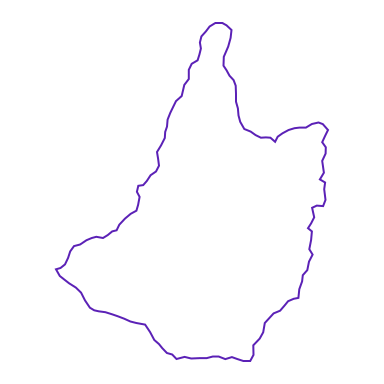 Arapuá, Minas Gerais, Brazil (Equal Earth projection)
{"feature_id": "56859067B22852370679078", "entity_name": "Arapuá", "entity_type": "district", "adm_level": 2, "iso_a3": "BRA", "parent_name": "Brazil", "parent_adm1": "Minas Gerais", "projection": "equal_earth", "projection_center": [-46.116, -19.025], "detail": "fine", "context": "isolated", "style": "outline", "palette": "violet", "viewbox_px": 384, "rotation_deg": 0, "n_neighbors": 0, "source": "geoboundaries", "source_scale": "gbopen_adm2", "svg_char_len": 1931}
<svg xmlns="http://www.w3.org/2000/svg" viewBox="0 0 384 384"><path d="M328.0,130.0L322.8,124.1L318.5,122.5L311.9,124.0L305.9,127.6L299.5,127.6L294.5,128.2L288.6,130.0L282.5,133.3L277.7,136.7L275.1,141.8L270.4,137.7L265.9,137.4L260.9,137.7L255.6,135.1L250.7,131.6L244.3,129.0L240.2,121.8L238.5,115.4L237.9,108.4L236.0,101.7L236.0,93.8L235.7,85.7L233.6,80.1L229.5,75.7L226.5,70.2L223.5,65.7L223.8,56.8L228.2,46.6L230.6,37.9L231.5,30.0L226.5,25.3L222.3,23.0L215.3,23.0L209.6,26.5L205.9,31.4L201.4,36.4L199.9,42.5L200.9,48.5L199.4,54.6L197.6,60.3L191.7,63.8L188.8,69.8L188.8,79.0L184.3,84.9L181.7,96.0L176.0,101.1L173.5,106.2L170.3,112.8L167.6,119.6L167.0,126.6L165.2,131.9L164.8,138.0L161.1,145.3L157.0,152.0L158.1,158.7L159.0,165.7L156.0,171.5L150.6,175.2L146.8,181.0L143.2,185.1L138.3,185.8L136.9,191.8L139.6,196.9L138.1,204.9L136.4,210.7L130.7,213.8L125.0,218.6L119.3,224.7L116.6,230.3L112.2,231.4L107.7,235.1L103.0,238.0L96.3,236.8L91.8,238.0L86.5,240.2L80.1,244.5L74.0,246.1L70.2,251.4L68.1,257.9L65.0,264.4L60.5,268.0L56.0,269.3L59.8,276.0L64.1,279.4L69.1,283.3L75.9,287.6L81.1,292.7L85.0,300.4L89.9,307.7L94.2,310.3L98.7,311.3L105.4,312.2L112.4,314.4L117.9,316.3L124.2,318.7L130.4,321.5L136.3,323.0L145.1,324.6L150.1,332.1L154.3,340.0L159.0,344.1L162.3,348.2L166.9,353.0L172.2,354.5L176.5,359.0L184.6,356.9L191.2,358.5L200.4,358.1L206.8,358.1L212.9,356.5L218.6,356.5L225.3,359.1L231.9,357.1L237.2,359.0L243.3,361.0L250.2,361.0L253.5,354.9L253.3,345.3L259.7,338.6L263.2,332.3L264.8,323.0L273.6,313.4L280.1,310.7L284.5,305.6L288.1,301.2L293.7,298.8L298.4,297.9L299.3,289.2L302.1,281.4L302.8,275.2L307.3,270.1L309.0,261.6L312.6,254.6L309.3,249.2L311.1,240.0L311.9,231.4L308.0,228.2L311.1,223.4L314.2,217.3L312.1,207.8L316.8,205.6L323.1,206.1L325.5,199.9L324.2,189.2L325.1,182.5L319.9,179.4L323.9,172.7L322.2,160.9L325.6,153.6L325.8,147.3L322.2,142.2L325.1,135.9L328.0,130.0Z" fill="none" stroke="#5b21b6" stroke-width="2"/></svg>